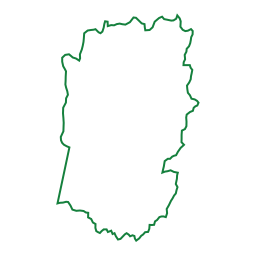 Deputado Irapuan Pinheiro, Ceará, Brazil (Equal Earth projection), rotated 180°
{"feature_id": "56859067B95379226813402", "entity_name": "Deputado Irapuan Pinheiro", "entity_type": "district", "adm_level": 2, "iso_a3": "BRA", "parent_name": "Brazil", "parent_adm1": "Ceará", "projection": "equal_earth", "projection_center": [-39.279, -5.882], "detail": "fine", "context": "isolated", "style": "outline", "palette": "green", "viewbox_px": 256, "rotation_deg": 180, "n_neighbors": 0, "source": "geoboundaries", "source_scale": "gbopen_adm2", "svg_char_len": 2527}
<svg xmlns="http://www.w3.org/2000/svg" viewBox="0 0 256 256"><g transform="rotate(180 128 128)"><path d="M193.8,198.3L193.8,194.3L192.8,189.8L191.2,187.0L190.0,184.7L190.3,179.4L190.4,175.0L190.6,171.5L189.9,168.4L188.7,164.7L188.1,161.2L189.9,157.7L190.1,153.4L192.8,148.3L193.0,142.7L192.6,138.0L192.3,133.2L192.4,130.5L192.6,124.7L195.2,119.1L195.0,115.8L193.9,113.2L192.1,111.3L189.2,109.7L186.6,108.6L191.0,87.8L198.5,52.6L196.2,53.2L193.0,53.4L189.9,54.2L187.9,54.0L185.5,50.4L183.6,46.4L179.7,45.2L176.1,45.5L172.4,45.0L170.1,43.5L167.8,43.2L167.9,38.6L164.8,37.0L163.1,33.5L160.5,32.0L160.6,28.1L159.7,24.9L157.9,23.8L156.1,23.0L154.4,24.9L152.3,26.6L149.4,26.6L148.1,24.0L144.8,25.3L143.4,22.0L141.5,22.8L140.1,19.7L138.0,16.5L135.5,17.1L133.5,19.2L131.1,21.7L129.4,22.8L127.3,21.4L125.9,19.7L123.5,20.7L121.6,20.0L121.1,17.4L119.8,15.4L116.8,17.6L114.8,20.2L112.9,21.5L110.9,23.8L107.9,24.1L106.7,27.2L106.4,31.1L104.0,31.0L101.9,31.2L101.0,34.6L98.9,36.0L96.6,38.9L94.7,39.5L92.7,39.6L90.2,38.9L88.9,42.8L89.3,47.0L87.1,50.8L85.0,55.2L83.5,57.5L81.9,60.5L80.2,62.5L79.4,66.1L78.5,68.9L80.2,72.0L79.1,77.2L78.9,80.7L78.2,83.3L82.2,84.1L85.4,85.7L88.4,84.8L91.0,84.4L93.6,83.4L92.9,86.6L92.2,89.4L91.3,94.9L88.2,97.2L85.9,97.2L83.9,99.3L82.1,100.2L79.9,100.8L78.1,104.2L75.3,108.2L73.6,109.7L72.0,111.2L74.5,113.8L74.4,117.3L74.4,121.1L74.1,125.4L71.1,126.9L69.6,129.8L69.5,134.3L69.8,138.5L69.3,141.4L66.0,144.0L63.1,145.2L62.3,148.2L60.6,149.7L58.7,150.5L57.5,153.3L58.9,155.1L61.3,156.6L64.5,157.3L66.1,160.8L68.1,163.2L68.7,167.0L69.0,170.4L66.8,173.5L65.3,176.7L65.0,179.8L64.4,182.4L63.7,186.1L65.4,188.3L66.2,190.9L69.9,190.9L72.5,190.9L72.3,193.8L70.9,196.7L71.3,201.1L69.6,204.3L69.3,207.2L67.0,209.7L65.8,212.8L65.2,215.9L64.8,218.8L63.4,221.6L63.3,225.0L65.0,226.9L68.1,225.3L70.7,224.9L73.3,226.2L75.6,229.3L75.3,234.7L76.3,237.6L78.7,240.6L79.8,237.3L82.5,235.6L84.7,235.4L88.9,236.3L91.9,236.9L93.9,239.3L96.9,238.0L101.3,234.3L102.2,231.9L103.4,228.7L106.4,226.0L110.7,225.7L111.2,228.6L111.5,231.9L114.3,232.6L116.0,234.3L120.0,238.2L122.5,238.5L126.1,233.8L130.6,231.4L133.8,231.8L136.3,232.4L139.2,231.9L141.9,230.7L144.8,230.9L148.2,229.9L148.4,234.3L150.9,234.7L151.7,231.9L152.3,228.4L153.6,224.4L155.5,222.8L157.4,223.7L160.5,226.8L162.4,226.3L165.1,226.0L168.3,225.5L171.8,222.7L172.2,217.2L172.5,214.1L173.3,210.0L174.2,206.5L176.1,201.6L175.9,197.7L176.8,195.4L180.0,197.5L183.2,198.5L185.3,200.3L187.0,201.7L190.8,201.1L193.8,198.3Z" fill="none" stroke="#15803d" stroke-width="2"/></g></svg>